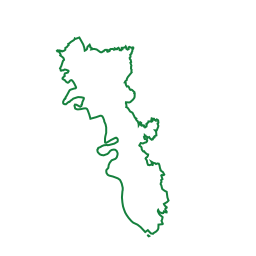 Pirojpur, Barisal, Bangladesh, rotated 330°
{"feature_id": "16705992B46028667424095", "entity_name": "Pirojpur", "entity_type": "district", "adm_level": 2, "iso_a3": "BGD", "parent_name": "Bangladesh", "parent_adm1": "Barisal", "projection": "mercator", "projection_center": [89.98, 22.515], "detail": "fine", "context": "isolated", "style": "outline", "palette": "green", "viewbox_px": 256, "rotation_deg": 330, "n_neighbors": 0, "source": "geoboundaries", "source_scale": "gbopen_adm2", "svg_char_len": 5840}
<svg xmlns="http://www.w3.org/2000/svg" viewBox="0 0 256 256"><g transform="rotate(330 128 128)"><path d="M90.9,226.7L94.1,226.4L95.1,230.7L96.7,232.1L97.6,231.8L100.8,231.7L103.0,231.0L104.2,230.0L106.1,226.9L109.7,228.5L110.2,228.4L110.6,225.1L111.7,224.4L113.4,222.5L112.2,219.2L112.0,217.8L112.2,215.1L112.8,214.2L113.2,214.0L113.1,215.9L113.3,216.7L115.0,218.9L116.0,219.3L117.3,218.2L118.2,219.6L119.2,220.4L119.6,220.0L119.6,218.7L119.3,218.5L119.5,217.2L120.2,216.4L121.6,216.4L121.9,216.0L121.2,214.2L121.0,212.3L121.1,211.7L124.7,211.7L126.8,211.1L127.4,207.9L129.6,202.6L128.4,200.8L127.2,198.1L127.5,196.6L128.2,194.4L128.2,192.9L128.9,192.1L130.0,191.5L130.6,189.7L132.3,189.5L133.1,185.7L133.7,185.6L135.0,186.5L135.7,186.6L136.1,186.5L136.2,183.7L135.3,181.8L135.1,180.5L135.5,180.1L135.5,179.2L136.6,176.0L136.8,174.3L135.7,173.4L134.2,173.2L133.8,172.0L132.6,171.0L131.4,168.9L131.3,171.9L130.8,172.4L130.5,172.2L130.1,171.2L128.1,171.0L126.9,169.9L127.3,167.7L128.1,165.5L127.9,163.3L128.6,162.8L130.1,162.7L131.5,161.9L132.2,161.0L131.5,160.3L131.0,159.3L130.4,157.4L130.4,156.3L129.6,156.1L129.4,155.7L129.2,153.5L129.9,151.9L130.0,150.8L129.1,149.1L129.1,148.7L131.5,147.4L133.2,148.9L134.9,149.0L136.7,149.5L137.9,149.0L138.4,148.4L138.1,146.7L137.0,146.0L137.0,145.3L137.4,143.7L138.2,143.7L138.9,142.6L139.1,143.3L139.4,143.5L139.3,143.9L139.3,144.8L140.0,145.2L140.1,146.1L140.4,145.9L140.6,146.3L141.8,146.4L141.9,148.2L142.6,150.0L143.7,150.2L143.8,149.7L144.2,149.4L146.1,149.4L146.1,148.7L146.6,148.5L147.8,148.4L148.9,148.6L150.2,145.9L150.5,144.4L150.3,143.5L150.5,143.6L150.9,144.2L151.6,144.5L154.8,142.0L155.4,141.2L155.7,139.1L156.6,138.9L157.1,138.4L157.2,137.6L157.7,137.2L157.9,136.2L157.2,134.9L156.0,134.9L155.7,135.4L154.8,133.6L155.1,133.0L153.8,132.1L153.3,131.5L152.4,132.5L153.1,133.8L152.4,134.3L151.3,134.2L151.2,133.8L149.0,132.5L148.4,133.3L147.4,133.3L146.9,133.7L145.8,133.8L145.8,134.7L145.1,135.2L144.8,135.9L143.1,136.0L143.0,134.9L142.6,134.7L142.8,134.2L143.1,133.9L143.1,133.7L142.6,133.3L141.9,133.2L141.8,132.8L141.0,132.8L140.7,132.2L142.0,130.2L141.4,129.0L140.9,129.1L140.5,129.9L138.7,130.9L139.2,129.9L139.8,127.1L139.3,125.8L139.3,124.1L139.9,123.9L139.1,122.3L139.3,120.9L139.5,117.0L138.1,114.7L137.9,111.0L137.5,109.8L136.9,109.0L137.7,108.2L138.3,106.7L138.5,105.6L139.1,104.7L141.8,106.5L143.0,106.7L146.6,105.9L148.6,105.0L149.3,104.3L151.0,101.6L150.7,101.1L151.5,100.3L150.5,97.0L149.9,96.3L149.2,96.2L148.9,95.5L149.2,92.8L149.1,92.2L148.9,91.9L147.8,91.6L147.8,89.6L148.1,88.5L148.6,88.0L148.4,87.2L148.0,86.9L149.1,86.2L150.8,85.9L151.7,84.8L153.3,83.8L159.1,81.6L159.3,80.5L160.2,79.5L160.1,79.2L160.4,77.8L160.9,77.3L161.1,76.6L162.1,75.8L162.7,72.7L163.7,72.5L164.4,70.2L164.1,69.3L164.5,68.1L165.5,67.8L166.2,67.0L166.5,65.7L168.3,65.3L168.4,64.8L170.2,63.6L170.9,62.4L172.2,61.9L172.4,61.6L172.1,61.2L172.7,60.8L172.6,60.6L171.2,60.4L169.7,58.4L168.7,58.5L168.0,60.0L166.8,59.9L166.2,58.6L166.8,56.5L166.8,56.2L166.2,56.5L165.4,56.5L164.3,56.3L162.7,55.4L162.4,55.9L162.7,56.7L162.5,57.1L161.2,56.8L160.8,57.2L159.7,56.4L160.0,55.5L159.9,53.8L158.7,53.7L158.0,54.3L157.5,54.1L156.7,52.9L156.6,53.3L156.1,53.5L154.9,53.2L154.6,52.0L153.4,51.5L152.7,51.0L151.0,51.0L150.9,51.7L150.6,51.6L150.2,52.1L148.5,51.8L148.3,51.6L148.3,51.2L149.0,50.2L148.9,49.8L147.2,48.9L146.0,49.0L145.3,49.4L144.4,49.1L143.3,49.3L142.5,49.0L141.9,48.3L140.1,44.3L138.1,42.5L135.5,41.6L136.5,40.8L135.7,39.3L136.2,38.5L136.4,36.7L133.6,37.4L131.8,39.2L130.2,39.5L129.2,39.4L130.2,36.9L131.0,33.3L131.1,25.3L127.2,24.6L126.7,23.8L126.1,24.4L125.1,24.8L121.6,24.9L119.4,25.4L118.3,25.3L118.0,26.5L117.5,26.5L115.6,27.3L113.8,27.3L112.8,28.9L111.5,29.1L109.3,28.8L109.1,28.6L109.1,28.1L108.5,28.0L108.2,27.3L107.0,26.2L106.0,26.2L105.7,25.5L105.1,25.6L105.1,26.3L106.0,27.0L106.5,28.0L106.4,30.6L106.3,31.0L105.6,31.3L106.7,33.7L107.1,35.3L106.8,36.8L106.7,37.0L105.2,37.4L101.2,41.0L98.9,42.4L99.0,43.1L98.5,44.7L98.8,45.0L100.3,45.3L101.0,45.8L102.2,45.6L103.4,46.5L105.0,48.5L105.0,49.0L103.6,49.9L100.6,49.2L99.4,50.3L99.3,51.3L97.1,51.7L96.2,52.1L95.9,52.7L96.1,53.3L97.2,55.0L97.5,57.0L98.3,58.5L98.9,58.8L100.2,58.6L101.1,58.1L102.1,58.0L102.9,58.2L103.2,58.5L103.6,60.1L103.7,62.4L103.4,66.8L102.9,67.3L102.3,67.4L101.1,66.9L98.0,66.2L96.7,66.1L96.0,66.3L91.0,69.4L89.5,70.1L88.8,71.0L88.2,71.3L87.9,71.0L86.2,71.9L84.8,73.0L84.3,74.1L84.3,74.7L84.9,75.6L86.1,76.4L89.6,75.7L90.1,76.1L91.0,76.0L91.8,75.6L93.2,75.6L95.3,75.2L99.2,76.0L100.3,76.3L103.0,78.1L104.7,79.7L104.7,80.1L104.3,80.7L101.4,82.8L100.0,84.5L99.4,84.5L99.1,85.2L98.5,85.7L97.2,85.7L94.9,82.0L93.8,81.2L92.8,81.9L92.0,84.7L92.8,85.9L93.8,86.8L96.7,88.1L99.6,89.0L100.8,89.6L101.5,90.1L102.0,90.9L102.0,92.4L101.2,97.0L100.1,101.2L105.8,102.7L110.1,103.5L111.1,104.2L111.6,105.1L111.6,106.8L111.2,109.4L110.7,110.5L110.4,113.6L109.4,116.6L106.7,121.3L104.1,124.0L102.7,125.8L101.0,128.8L101.0,129.4L101.6,129.8L103.3,130.0L107.2,129.9L112.2,130.2L112.4,130.5L113.1,130.7L113.5,132.0L113.2,133.3L112.2,134.6L108.4,134.7L103.2,133.3L101.7,132.7L101.2,132.0L100.4,131.8L98.5,130.9L96.1,130.6L94.6,130.7L92.6,130.4L91.8,130.6L91.7,131.0L90.5,131.6L89.9,133.2L89.8,134.0L90.4,136.6L91.5,138.1L93.3,139.5L97.2,140.2L98.7,139.9L101.2,138.9L103.0,138.9L104.7,139.5L105.8,140.2L106.2,140.8L106.7,142.2L106.5,144.2L106.2,145.0L105.5,146.0L103.8,147.6L102.8,148.1L101.6,148.4L97.7,147.8L94.9,148.9L92.8,150.4L91.0,152.7L88.3,153.6L87.7,154.3L86.9,156.1L87.0,158.2L87.2,158.7L88.0,159.9L90.7,162.5L94.0,166.5L95.0,168.7L95.1,169.5L94.8,172.9L93.5,177.2L92.3,179.2L91.6,179.9L88.1,185.0L86.0,189.5L84.5,193.4L83.8,196.7L83.3,199.8L83.3,202.7L83.6,206.1L84.4,210.3L85.2,212.6L87.9,216.5L89.4,220.2L90.9,226.7ZM91.8,232.2L92.3,232.2L91.4,230.2L91.7,232.0L91.8,232.2Z" fill="none" stroke="#15803d" stroke-width="2"/></g></svg>